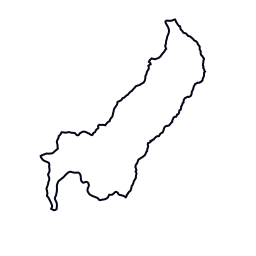 outline of Nova Ponte, Minas Gerais, Brazil, rotated 223°
{"feature_id": "56859067B80558453593269", "entity_name": "Nova Ponte", "entity_type": "district", "adm_level": 2, "iso_a3": "BRA", "parent_name": "Brazil", "parent_adm1": "Minas Gerais", "projection": "orthographic", "projection_center": [-47.697, -19.247], "detail": "fine", "context": "isolated", "style": "outline", "palette": "ink", "viewbox_px": 256, "rotation_deg": 223, "n_neighbors": 0, "source": "geoboundaries", "source_scale": "gbopen_adm2", "svg_char_len": 5871}
<svg xmlns="http://www.w3.org/2000/svg" viewBox="0 0 256 256"><g transform="rotate(223 128 128)"><path d="M129.1,16.5L127.8,16.8L126.4,17.2L125.5,18.0L125.1,18.9L125.0,20.3L126.0,21.4L126.7,22.3L127.5,23.3L128.9,24.4L130.2,25.1L131.8,25.7L133.2,26.3L134.0,27.5L134.5,29.0L134.9,30.0L135.6,31.1L136.2,32.1L136.7,32.9L137.5,33.9L138.3,34.9L139.3,35.9L140.4,36.9L141.1,38.0L141.8,39.4L142.3,40.9L142.6,42.1L142.3,43.5L142.0,45.8L141.7,47.4L141.6,49.1L141.7,50.2L141.6,52.5L141.5,54.1L141.0,55.8L140.0,57.0L138.7,57.6L137.4,58.3L136.2,59.2L135.3,60.2L134.6,60.9L133.8,61.6L132.7,61.7L131.6,61.5L130.6,61.1L129.5,60.3L128.5,59.4L127.7,58.6L126.9,57.9L125.7,57.4L124.3,57.2L123.1,57.7L122.5,59.1L122.0,60.0L120.9,60.6L119.6,60.7L118.7,60.2L117.7,59.6L117.0,58.5L116.5,57.0L115.8,55.6L114.9,54.6L113.9,54.0L112.5,53.6L111.2,53.3L110.1,53.4L109.0,53.7L108.1,53.9L107.0,54.3L105.7,54.8L104.3,55.4L103.2,55.8L102.3,56.1L101.1,55.9L99.9,55.8L99.1,56.3L98.4,57.4L97.6,58.5L96.8,59.5L96.2,60.4L95.7,61.5L95.4,62.7L95.4,63.9L95.9,65.1L96.2,66.4L95.3,67.2L94.2,68.2L93.8,70.0L93.8,71.9L93.1,73.3L91.5,73.7L90.2,73.2L88.8,73.2L87.9,73.7L86.9,74.4L85.8,74.9L84.8,75.3L83.9,75.6L82.4,75.8L82.6,77.3L83.3,78.2L83.2,79.5L83.6,80.7L83.7,81.9L83.5,82.9L83.5,84.2L84.2,85.6L85.0,87.0L85.7,88.0L85.8,89.4L86.4,91.0L87.0,92.3L87.5,93.2L87.6,94.3L88.0,95.5L88.1,96.7L88.9,97.6L89.8,98.9L90.6,100.3L91.4,101.0L92.7,101.3L93.1,102.9L94.2,103.5L95.0,104.1L96.1,104.5L96.7,105.7L97.3,106.6L97.1,107.7L97.5,108.8L98.2,110.5L98.8,111.9L98.5,113.2L98.2,114.4L97.8,115.9L97.5,117.1L97.4,118.2L97.1,119.2L97.3,120.3L97.8,121.8L98.3,123.1L98.3,124.2L99.0,125.0L99.7,126.2L100.2,127.4L100.8,128.4L102.4,129.5L103.1,130.6L102.5,131.5L102.0,133.0L102.8,133.9L101.9,134.8L102.1,136.0L101.3,137.2L101.5,138.6L101.5,140.2L101.2,141.6L100.6,142.4L99.8,143.1L100.0,144.1L100.4,145.4L100.3,146.7L99.7,148.0L99.9,149.3L100.5,150.6L101.2,152.0L101.8,153.4L101.6,155.2L100.6,156.4L99.8,157.7L99.8,159.4L100.0,161.3L99.8,162.6L100.8,163.8L101.3,165.5L101.8,166.7L101.5,168.0L100.5,169.1L100.8,170.3L101.3,171.3L100.7,172.5L101.1,174.0L102.0,175.3L102.5,176.1L102.0,177.1L102.4,178.1L102.8,179.0L103.7,179.7L103.9,180.8L104.2,182.0L105.0,183.3L104.8,184.6L105.6,185.4L106.2,186.4L106.5,187.3L106.8,188.5L106.3,189.6L106.1,190.6L105.7,191.5L104.7,192.1L104.3,193.1L104.0,194.1L104.2,195.0L104.7,196.2L105.2,197.0L105.9,197.8L106.4,199.3L106.9,200.9L107.4,201.9L108.0,202.7L108.4,204.2L108.9,206.1L108.3,207.4L108.0,208.7L107.0,209.3L106.6,210.4L106.0,211.5L106.2,212.5L105.9,213.5L106.5,214.4L107.1,215.3L107.4,216.4L107.8,217.5L108.5,218.7L109.4,219.5L110.2,220.5L110.1,221.8L111.1,221.9L112.3,222.8L113.9,223.2L114.6,224.4L115.8,224.8L116.6,225.7L117.4,227.0L118.2,228.0L119.0,229.0L119.4,230.3L120.4,230.8L121.4,230.8L122.7,231.3L123.9,231.2L125.2,231.8L126.3,232.6L126.8,233.5L127.7,233.9L128.7,234.2L130.0,235.1L131.1,236.5L132.9,236.7L134.2,237.0L135.6,237.7L137.0,237.9L138.4,237.5L139.4,237.2L140.4,237.4L141.6,237.5L143.2,237.4L144.6,237.4L145.7,237.0L146.8,236.3L148.3,236.5L149.7,236.7L150.9,236.3L152.0,235.6L152.9,235.5L153.9,235.9L155.2,236.0L156.9,236.1L157.9,236.9L159.3,237.8L160.2,237.3L161.1,237.5L162.2,237.6L163.3,238.0L164.2,238.2L165.3,238.4L166.2,238.9L167.5,239.5L168.3,238.5L168.7,237.5L169.2,236.5L169.8,235.5L170.9,234.7L171.7,233.9L172.5,233.3L173.2,232.6L173.3,231.6L172.6,230.8L171.5,230.3L170.2,230.0L169.3,229.6L168.1,229.3L167.0,228.9L166.2,228.4L165.0,227.7L164.0,226.8L163.5,225.9L162.9,224.9L162.4,223.9L162.0,222.6L161.4,221.1L160.6,220.0L160.0,218.8L159.5,217.7L158.8,216.8L157.7,215.4L157.1,213.8L155.9,212.8L154.0,211.9L154.0,210.0L153.5,208.6L153.5,207.2L153.5,205.9L153.3,204.2L153.1,203.1L153.1,201.7L153.4,200.2L153.8,199.2L154.5,198.0L155.1,196.8L156.6,195.8L158.2,195.0L158.3,193.3L158.3,192.0L157.8,190.6L156.2,190.8L154.9,190.1L155.3,188.8L155.6,187.4L154.3,186.7L153.1,185.3L152.9,183.8L152.6,182.7L152.3,181.6L151.7,180.7L151.1,179.5L150.7,177.9L150.0,177.0L149.2,176.1L148.4,174.8L147.8,173.4L147.6,172.0L147.8,171.0L148.3,169.7L148.5,168.7L148.8,167.3L149.6,166.1L150.3,164.9L150.8,163.6L150.6,162.1L150.6,160.4L150.6,159.1L150.4,157.9L150.9,156.4L151.0,154.2L150.8,152.9L150.9,151.9L151.3,150.8L151.4,149.1L151.6,147.4L152.3,146.1L152.0,144.6L152.0,143.6L152.3,142.7L152.7,141.6L153.2,140.7L153.4,139.7L152.4,138.5L151.9,137.1L151.7,135.8L151.5,134.3L151.2,132.6L150.5,131.3L149.7,130.0L148.8,128.3L148.0,127.1L147.2,125.5L147.2,124.1L147.1,122.9L146.6,121.4L146.1,120.5L146.6,119.1L146.8,117.1L146.6,115.6L146.5,114.5L147.8,113.7L148.6,113.1L149.3,112.4L150.2,111.5L151.3,110.7L151.3,109.1L150.4,108.4L149.6,107.6L149.8,106.4L150.1,105.4L149.7,103.7L149.3,102.6L149.6,101.5L149.9,100.4L149.3,99.1L149.6,98.1L150.7,97.7L151.6,97.5L152.9,97.4L154.0,96.8L155.3,96.6L156.5,96.1L157.8,95.3L158.7,94.2L159.1,92.9L159.5,91.7L159.5,90.3L159.3,89.1L159.9,88.2L160.9,87.9L161.9,87.9L163.2,88.1L164.2,87.6L165.2,86.7L166.3,85.8L167.7,85.2L168.6,84.5L169.3,83.6L169.8,82.8L170.4,82.0L171.4,81.3L172.5,80.6L173.6,79.6L173.5,78.4L173.0,77.4L173.0,76.2L173.1,74.7L172.2,73.7L171.8,72.6L171.7,71.5L171.2,70.5L170.6,69.3L169.7,68.6L168.6,68.0L167.4,67.0L166.6,66.1L165.2,65.0L165.4,63.3L165.7,61.1L165.8,59.5L166.0,58.3L166.6,57.2L167.5,56.2L168.5,55.1L169.6,54.3L170.4,53.4L171.0,52.2L171.6,50.9L172.2,49.7L172.8,48.0L171.9,47.3L170.6,47.0L168.9,46.7L167.6,46.7L166.6,47.0L165.2,47.5L164.0,48.0L163.0,48.3L162.1,48.5L161.0,47.9L160.0,47.0L159.6,46.1L158.4,45.2L157.1,44.1L156.3,43.4L155.7,42.3L155.2,41.1L155.0,39.8L153.9,38.9L152.7,38.4L151.8,37.9L150.6,36.9L149.9,35.5L149.2,33.9L148.5,32.9L147.8,31.6L147.3,30.5L146.9,29.5L146.5,28.4L145.7,27.6L144.8,27.1L143.6,26.2L142.5,25.4L141.8,24.3L141.0,23.0L139.3,23.0L138.1,22.6L137.1,22.2L136.1,21.9L134.8,21.4L133.6,20.9L132.5,20.5L131.2,19.8L130.2,19.2L129.5,17.9L129.1,16.5Z" fill="none" stroke="#020617" stroke-width="2"/></g></svg>